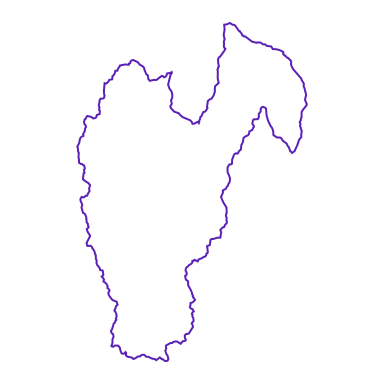 Huari, Áncash, Peru (Natural Earth projection)
{"feature_id": "86281439B67928144642776", "entity_name": "Huari", "entity_type": "district", "adm_level": 2, "iso_a3": "PER", "parent_name": "Peru", "parent_adm1": "Áncash", "projection": "natural_earth1", "projection_center": [-77.04, -9.456], "detail": "fine", "context": "isolated", "style": "outline", "palette": "violet", "viewbox_px": 384, "rotation_deg": 0, "n_neighbors": 0, "source": "geoboundaries", "source_scale": "gbopen_adm2", "svg_char_len": 5905}
<svg xmlns="http://www.w3.org/2000/svg" viewBox="0 0 384 384"><path d="M137.8,62.2L133.2,60.0L131.1,60.7L130.6,61.4L130.2,63.1L129.0,63.6L128.8,64.7L124.9,64.5L119.9,65.5L119.8,66.3L118.2,68.3L117.4,70.7L115.4,70.8L114.6,73.8L113.2,75.7L112.5,76.1L112.2,79.3L109.2,79.9L108.3,81.8L106.1,83.6L104.6,83.2L103.9,91.1L104.1,94.2L104.6,95.6L104.4,96.5L103.8,98.1L102.8,98.6L100.5,98.7L99.5,100.5L99.6,101.7L98.8,105.0L98.9,106.0L99.4,106.8L99.1,109.9L99.9,110.9L99.6,114.1L96.8,115.0L96.4,116.8L95.8,117.7L93.4,118.5L91.0,116.8L87.4,116.0L86.8,116.4L85.5,118.9L84.6,119.5L84.1,121.7L84.2,123.4L86.0,126.3L86.0,127.1L85.1,128.4L84.7,131.2L83.1,134.2L83.5,135.8L81.4,136.9L80.3,138.1L79.6,140.4L79.3,142.8L77.3,146.7L78.0,148.7L78.1,151.6L78.8,152.8L78.5,156.8L79.0,160.0L79.0,162.7L80.6,163.8L82.1,164.1L82.8,164.9L83.9,165.2L84.7,167.5L84.8,168.7L84.1,169.5L84.1,171.4L84.5,172.7L83.6,173.4L82.9,179.3L86.0,181.7L88.3,183.0L90.1,185.1L89.1,188.6L89.5,191.2L88.1,193.3L87.1,195.7L85.7,195.8L83.8,197.4L81.7,196.9L80.4,199.0L80.6,201.0L82.0,203.9L82.2,205.3L81.5,207.3L82.7,211.8L83.1,212.9L84.4,213.5L85.1,214.3L85.8,215.9L86.4,217.7L86.1,218.7L86.6,219.9L86.6,222.2L87.9,223.8L87.9,225.2L88.6,226.7L88.3,227.8L86.8,228.9L86.9,229.8L88.1,232.7L90.0,235.4L89.9,236.5L86.6,242.9L87.3,245.9L90.7,245.8L91.9,247.0L92.6,248.8L93.4,249.4L94.6,251.8L95.0,254.1L95.7,254.8L95.9,258.9L96.7,260.6L96.5,262.9L96.7,263.7L97.3,265.1L99.5,267.8L100.2,270.1L102.6,270.5L102.9,271.3L103.3,275.2L101.7,276.5L103.4,278.4L104.0,279.8L103.4,281.5L105.3,282.7L106.7,284.2L107.5,285.7L107.5,288.2L108.2,288.5L109.5,290.1L109.3,291.3L108.3,292.6L108.9,295.4L112.4,300.0L116.6,301.7L117.6,304.8L116.0,306.1L115.3,308.9L114.4,310.3L114.6,311.0L115.4,311.7L116.6,315.2L116.4,317.2L115.8,318.7L116.4,319.8L115.4,320.9L114.8,322.8L113.8,323.4L112.1,329.1L110.9,331.1L111.7,333.2L113.1,334.0L113.5,336.4L113.4,337.4L112.5,339.1L112.4,343.3L111.4,346.1L113.1,346.8L115.0,345.5L118.3,345.7L119.9,347.8L120.4,350.5L121.6,353.3L122.3,353.7L124.4,353.6L125.5,352.1L126.1,352.7L126.0,355.3L127.0,356.5L132.2,357.7L132.9,358.7L133.6,359.0L136.3,357.7L137.7,356.5L140.0,356.4L141.5,355.0L143.6,354.7L144.3,354.9L146.2,356.7L148.2,356.8L152.1,358.6L155.0,359.1L156.2,360.2L159.9,357.4L161.8,359.2L162.6,359.1L164.6,360.8L166.6,361.0L167.6,360.7L168.4,358.9L167.5,355.6L166.5,354.3L165.3,350.8L166.3,348.4L165.8,346.3L166.1,345.5L170.3,343.1L172.2,343.0L172.6,342.3L174.7,341.5L177.0,341.5L180.7,343.8L182.5,341.4L185.4,340.7L185.9,339.7L184.9,338.0L184.8,335.3L185.9,334.2L188.8,333.6L192.9,327.1L192.8,325.7L191.7,323.2L193.6,321.0L193.5,320.2L193.4,318.5L192.3,316.1L192.5,314.7L191.8,313.8L192.6,312.2L193.8,311.5L192.8,309.4L190.6,308.3L189.9,307.2L190.5,304.9L190.5,303.1L192.7,302.3L195.0,300.0L194.4,298.6L193.3,297.7L193.3,296.9L192.8,296.5L192.9,295.1L192.1,294.4L192.0,293.0L190.9,290.3L188.0,284.9L188.2,282.5L187.8,280.9L186.3,280.0L185.6,278.8L185.1,275.9L186.3,275.1L186.8,273.9L186.6,272.6L185.6,270.8L185.6,269.4L186.4,267.5L188.2,266.2L188.9,265.2L191.4,263.7L192.2,262.7L192.4,260.8L193.7,260.8L194.5,259.8L197.6,261.4L198.6,259.5L202.1,258.1L203.8,256.8L205.2,256.6L206.3,255.0L206.4,253.7L207.6,252.9L207.8,251.8L207.1,246.1L209.8,245.1L210.5,239.8L211.6,238.9L212.8,239.1L217.4,237.7L220.3,237.7L221.2,232.2L220.3,230.0L222.6,227.5L224.1,227.0L225.1,224.8L226.8,222.9L227.0,222.1L226.4,220.3L226.7,218.1L225.9,215.7L226.0,214.5L226.7,213.0L226.5,207.6L223.3,202.4L221.0,197.0L222.6,193.5L223.0,192.0L222.8,190.5L225.9,188.7L226.9,186.6L227.8,185.9L228.6,183.5L229.5,182.5L230.1,178.9L229.3,176.0L227.6,172.3L227.5,168.1L227.8,166.8L229.5,164.4L231.2,164.3L232.0,163.7L232.1,159.8L234.1,154.5L235.9,153.3L237.5,153.6L237.9,153.4L239.1,151.0L240.9,149.5L241.3,145.2L242.2,143.7L243.0,141.4L243.5,138.0L245.1,136.6L248.0,135.3L249.1,133.7L249.3,131.5L252.3,129.9L253.1,127.9L253.9,126.9L253.9,125.9L252.4,124.0L252.9,120.4L253.7,119.4L257.9,119.1L258.9,116.9L258.7,114.2L260.7,111.4L260.7,108.9L261.5,107.6L262.7,106.8L265.3,107.8L266.0,108.7L266.6,115.5L268.0,120.5L270.3,125.4L272.1,128.1L273.1,130.7L273.5,135.2L277.1,137.5L279.9,137.5L281.1,138.0L283.1,141.0L286.7,143.6L287.7,146.0L288.8,147.2L290.2,151.1L291.2,151.8L292.0,153.0L294.6,151.1L297.4,144.9L299.2,139.5L301.3,137.1L301.2,134.6L301.8,131.1L300.9,129.1L300.8,127.6L300.0,126.2L300.5,124.0L299.7,122.3L300.8,120.2L300.9,118.7L301.6,117.3L301.6,112.2L302.7,110.1L306.7,105.1L306.7,103.9L305.0,99.9L306.1,94.7L304.4,87.9L303.7,86.5L303.8,83.5L301.6,79.9L301.2,78.5L293.1,69.1L291.4,65.8L291.0,64.0L291.2,61.9L290.8,60.7L288.2,58.1L287.0,57.6L285.4,55.7L284.5,55.5L283.7,54.8L283.1,53.9L283.5,52.8L283.1,51.8L279.1,49.9L276.0,49.2L272.8,49.1L271.2,46.5L266.7,45.8L265.0,44.3L263.2,44.4L260.4,42.5L257.3,42.4L256.5,42.8L252.2,41.7L245.3,36.5L244.2,36.6L243.5,35.7L242.3,35.5L241.5,33.4L240.4,32.3L239.8,31.1L238.9,30.9L235.2,25.6L234.1,24.9L232.5,24.7L230.0,23.0L226.5,24.4L224.2,24.7L224.6,29.6L223.7,34.5L224.2,37.7L224.7,38.7L223.8,42.0L224.1,44.0L223.8,45.8L224.1,47.5L225.4,48.6L224.6,50.4L220.3,56.4L218.9,57.5L218.0,59.4L218.2,62.8L218.9,66.5L218.1,67.3L218.1,68.5L217.4,69.7L217.8,71.2L217.7,78.5L218.7,83.0L215.2,86.1L214.8,88.3L214.9,91.6L213.6,95.5L211.6,98.6L209.6,99.5L207.9,100.9L207.0,106.9L207.5,108.0L205.9,110.7L204.8,111.8L203.5,111.9L202.1,114.4L201.7,115.8L200.3,117.2L200.0,119.2L199.1,120.8L199.3,121.9L198.8,123.1L198.0,122.0L197.4,121.9L194.2,123.7L192.5,123.8L191.6,121.7L190.2,120.3L182.8,117.2L180.3,115.2L178.8,113.3L174.1,111.6L170.8,108.0L170.3,106.1L171.5,104.5L171.8,103.5L171.0,100.4L172.2,97.8L172.3,94.7L171.6,91.6L169.5,88.6L168.1,84.7L170.5,74.8L171.8,73.1L171.6,72.1L170.4,72.9L167.2,73.4L166.2,76.1L164.6,77.2L164.0,77.3L162.8,76.1L161.7,75.9L156.7,79.8L155.7,80.1L154.3,79.8L149.8,80.8L148.3,79.0L147.9,75.5L146.3,74.2L144.3,69.4L144.1,67.8L142.5,66.1L139.9,64.8L137.8,62.2Z" fill="none" stroke="#5b21b6" stroke-width="2"/></svg>